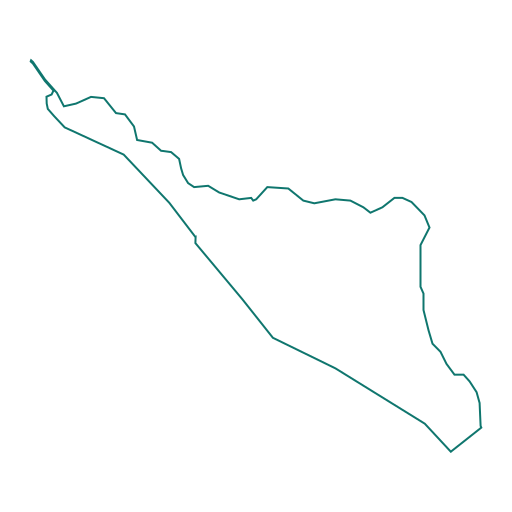 Riverside Road, Soufrière, Saint Lucia
{"feature_id": "8701671B35979662153697", "entity_name": "Riverside Road", "entity_type": "district", "adm_level": 2, "iso_a3": "LCA", "parent_name": "Saint Lucia", "parent_adm1": "Soufrière", "projection": "equal_earth", "projection_center": [-61.054, 13.895], "detail": "fine", "context": "isolated", "style": "outline", "palette": "teal", "viewbox_px": 512, "rotation_deg": 0, "n_neighbors": 0, "source": "geoboundaries", "source_scale": "gbopen_adm2", "svg_char_len": 1148}
<svg xmlns="http://www.w3.org/2000/svg" viewBox="0 0 512 512"><path d="M414.9,205.5L411.5,202.0L402.5,197.9L394.4,197.9L382.4,207.3L370.4,212.7L363.4,207.3L350.4,200.6L335.4,199.3L314.3,203.3L303.3,200.6L288.3,188.5L267.3,187.1L256.2,199.3L253.2,200.6L251.2,197.9L239.2,199.3L219.2,192.5L208.2,185.8L194.1,187.1L188.1,183.1L183.1,175.0L181.1,168.3L179.1,158.9L171.1,152.1L163.1,151.0L161.1,150.8L152.1,142.7L137.1,140.0L134.0,126.5L128.7,119.4L125.0,114.4L116.0,113.1L104.0,98.2L91.0,96.9L76.0,103.6L63.9,106.3L56.9,92.8L54.6,90.3L44.9,79.4L32.9,61.9L31.1,60.3L30.9,60.8L30.7,61.5L32.9,63.5L44.9,81.0L53.7,90.9L53.2,91.2L51.6,94.5L46.5,96.7L46.7,103.5L47.8,108.9L54.2,116.2L64.7,127.4L123.7,154.6L169.3,202.8L195.4,237.0L195.6,236.9L195.4,243.1L242.3,299.2L272.9,337.8L335.5,368.4L424.8,423.7L450.8,451.7L481.3,427.6L480.6,425.9L479.6,403.0L476.6,392.2L469.6,381.4L463.6,374.7L454.5,374.7L446.5,363.9L440.5,351.8L432.5,343.7L428.5,330.2L423.5,310.0L423.5,308.4L423.5,295.2L423.5,293.6L420.5,286.8L420.5,264.2L420.5,262.6L420.5,246.7L420.5,245.1L429.1,228.3L429.5,227.6L424.5,215.4L414.9,205.5Z" fill="none" stroke="#0f766e" stroke-width="2"/></svg>